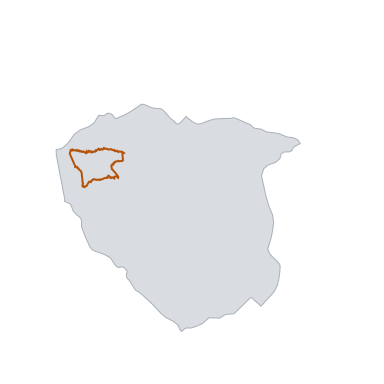 Mwenezi, Masvingo, Zimbabwe (highlighted), rotated 133°
{"feature_id": "62879985B12430304395671", "entity_name": "Mwenezi", "entity_type": "district", "adm_level": 2, "iso_a3": "ZWE", "parent_name": "Zimbabwe", "parent_adm1": "Masvingo", "projection": "equal_earth", "projection_center": [30.689, -21.398], "detail": "fine", "context": "in_parent", "style": "outline", "palette": "amber", "viewbox_px": 384, "rotation_deg": 133, "n_neighbors": 0, "source": "geoboundaries", "source_scale": "gbopen_adm2", "svg_char_len": 7265}
<svg xmlns="http://www.w3.org/2000/svg" viewBox="0 0 384 384"><g transform="rotate(133 192 192)"><path d="M253.6,320.3L251.0,318.1L247.6,316.7L243.2,316.1L237.4,316.4L230.4,317.5L222.8,316.1L214.8,312.1L208.1,310.7L200.1,312.4L199.7,312.5L198.3,311.1L196.1,308.2L192.5,307.7L191.5,307.0L190.7,305.9L190.1,304.5L189.9,302.9L190.5,298.1L190.2,297.6L189.2,297.0L187.2,296.4L182.4,294.2L176.3,292.1L166.5,289.7L162.6,289.1L161.8,288.4L160.6,286.6L158.7,281.1L156.9,277.4L152.6,271.7L151.9,270.0L152.1,265.5L152.4,261.8L152.9,258.7L152.6,255.8L152.5,252.2L152.7,249.8L152.1,248.8L150.5,248.0L146.2,247.7L140.9,247.9L140.7,244.2L140.1,238.5L139.1,235.3L137.9,233.6L135.4,231.8L130.4,229.4L123.7,225.7L117.9,220.2L111.2,213.4L109.2,212.3L106.7,205.9L102.9,194.9L103.1,191.3L102.5,189.5L98.8,184.1L98.0,181.3L97.3,178.5L91.5,170.6L89.5,167.2L88.0,162.8L86.5,159.2L85.2,157.8L83.5,155.4L82.4,152.6L81.8,150.6L82.2,147.8L82.8,145.9L88.3,147.9L91.2,148.1L93.6,147.1L96.5,148.4L100.0,152.0L103.7,152.7L107.8,150.4L113.3,151.1L120.2,154.7L126.0,155.4L132.8,152.2L138.8,143.4L144.5,135.2L150.1,125.7L153.5,118.0L158.4,111.7L165.0,106.9L171.7,102.8L181.9,97.8L184.0,93.6L184.6,89.1L184.6,82.8L185.1,78.8L186.2,76.9L187.9,75.5L190.1,73.6L196.9,68.8L202.5,65.8L209.4,63.8L217.0,63.8L224.3,63.7L228.5,63.7L228.5,69.8L228.8,76.6L229.6,77.2L235.1,77.4L243.9,77.8L252.4,78.3L257.8,83.2L259.6,84.3L265.2,85.6L272.4,93.8L281.0,94.6L287.0,97.1L292.2,100.0L295.2,103.3L297.1,104.1L299.8,104.3L301.1,104.7L300.8,107.1L299.0,111.2L299.2,117.1L301.6,125.3L301.9,132.4L301.1,144.9L301.1,157.0L301.3,161.3L301.7,164.1L302.2,165.7L302.1,167.5L300.6,172.6L299.4,177.9L299.4,180.0L298.9,181.5L298.1,182.9L294.3,185.3L293.7,186.8L293.7,189.6L294.1,191.9L295.5,192.8L297.2,194.1L297.9,195.8L297.9,197.6L297.3,201.0L295.8,206.6L297.3,213.0L298.9,217.2L301.2,222.0L302.2,225.0L302.1,227.1L301.8,229.2L298.2,238.0L295.7,243.4L292.6,249.3L288.6,252.9L287.5,254.7L287.1,256.7L287.3,261.1L287.0,265.7L283.6,272.7L285.7,278.7L285.2,279.3L284.0,280.2L279.1,287.0L274.0,293.8L270.4,298.9L266.2,304.6L261.5,311.0L257.5,316.4L253.6,320.3Z" fill="#d9dde1" stroke="#a8b0b8" stroke-width="1"/><path d="M243.9,309.4L244.1,309.2L244.4,309.0L244.8,308.8L245.2,308.6L245.5,308.6L247.4,307.5L252.4,295.8L252.5,295.5L252.7,295.0L253.3,294.5L253.1,294.4L252.9,294.3L252.5,293.6L252.4,293.5L252.0,293.2L252.0,292.8L252.2,292.6L252.3,292.4L252.6,292.1L252.7,291.9L252.7,291.7L252.2,291.2L252.4,290.1L252.5,289.9L252.6,289.7L252.6,289.4L252.6,289.2L252.6,288.9L252.5,288.7L252.4,288.2L252.5,287.8L252.9,286.5L253.0,286.3L253.0,286.1L258.7,279.5L259.7,278.5L259.8,278.3L259.8,277.8L259.9,277.6L260.3,277.5L260.4,277.4L260.7,277.2L261.0,277.1L261.1,276.9L261.4,276.7L261.7,276.7L261.9,276.5L261.9,276.4L262.1,276.4L262.2,275.9L262.1,275.7L262.4,275.5L262.5,275.6L262.6,275.4L262.4,275.2L262.2,274.9L261.9,274.6L261.7,274.4L261.7,274.2L261.6,273.9L261.1,274.1L260.7,274.1L260.0,273.3L259.5,273.2L259.1,273.4L256.2,274.0L255.5,274.2L254.7,274.3L254.3,274.0L254.2,273.3L254.0,272.8L253.5,272.7L253.1,272.7L252.8,273.1L252.2,273.3L251.5,273.2L251.3,273.1L250.9,272.8L250.6,272.8L250.2,272.9L249.9,272.9L249.7,272.3L249.5,272.2L249.3,272.1L249.1,271.9L248.9,271.4L248.6,271.0L248.6,270.5L248.6,270.3L248.5,270.2L248.2,270.1L247.9,269.9L247.3,269.6L247.2,269.3L247.0,269.1L246.8,268.4L246.7,268.2L246.4,268.2L245.9,267.5L245.7,267.3L245.4,267.3L245.1,267.5L244.5,266.7L244.1,266.4L243.5,266.3L242.9,265.9L241.9,265.7L241.7,265.6L241.5,265.3L241.2,265.2L240.6,264.8L240.3,264.7L240.2,264.6L240.3,264.4L239.3,263.4L238.9,263.6L238.7,263.8L238.3,264.0L238.2,264.2L237.4,264.3L237.3,264.2L236.9,264.1L236.8,263.6L236.9,263.3L237.1,262.5L237.2,261.4L237.4,261.1L237.2,260.9L236.5,261.1L236.4,261.1L236.4,260.7L236.2,260.4L235.8,260.4L235.7,260.3L235.6,259.7L235.3,259.5L235.2,259.4L235.1,259.1L235.3,258.9L235.2,258.6L235.1,258.2L234.4,258.8L234.1,259.2L233.5,259.0L233.2,258.9L232.9,258.7L232.7,258.3L232.1,258.1L231.9,257.8L231.8,257.2L231.9,256.9L232.1,256.4L232.2,256.0L232.1,255.7L231.8,255.9L231.4,256.1L231.1,256.4L231.0,256.8L230.9,257.8L230.9,258.0L230.7,258.3L230.6,258.8L230.5,259.6L230.2,261.2L230.1,262.6L230.2,263.1L230.1,263.5L230.0,264.1L229.9,264.6L229.9,265.2L230.0,266.1L229.2,267.0L228.9,267.5L228.7,267.8L228.6,268.1L228.5,268.3L228.2,268.3L227.9,268.5L227.7,268.9L227.5,269.0L227.1,269.2L226.9,269.2L226.3,268.7L226.1,268.7L225.9,268.9L225.5,268.6L225.4,268.3L224.6,268.7L224.5,269.1L223.9,269.0L223.5,268.7L223.3,268.7L222.9,269.0L222.5,268.6L222.3,268.7L222.2,268.8L221.6,268.4L221.4,268.2L221.1,267.9L220.5,267.8L219.5,267.2L219.4,267.1L219.3,266.6L219.4,266.3L219.1,266.0L218.8,266.0L217.7,264.9L217.2,264.4L217.1,264.2L216.6,264.1L216.1,264.3L215.9,264.2L215.8,264.3L215.4,264.6L214.7,265.5L214.1,266.0L213.1,267.3L212.5,268.0L211.4,268.7L210.9,268.8L209.9,268.4L209.9,268.7L209.9,268.8L210.0,269.2L210.4,270.3L210.3,270.5L210.5,270.8L210.6,271.0L210.9,270.9L210.9,271.2L211.0,271.4L211.0,271.6L211.2,271.8L211.4,272.0L211.6,272.4L211.9,272.7L212.0,272.8L212.3,272.9L212.8,273.2L213.0,273.2L213.0,273.5L212.8,273.6L212.7,273.8L212.7,274.1L212.9,274.3L213.0,274.6L213.2,274.8L213.1,275.1L213.3,275.2L213.5,275.3L213.9,275.5L214.1,275.5L214.3,275.9L214.5,276.1L214.4,276.2L214.3,276.3L214.3,276.8L214.4,277.0L214.3,277.5L214.7,277.6L214.8,277.7L215.2,278.0L215.2,278.6L215.2,278.8L215.7,279.2L216.0,280.7L216.2,280.9L217.4,281.5L217.7,281.9L218.0,282.2L218.2,282.9L218.2,283.0L218.4,283.1L218.4,283.3L218.6,283.5L218.6,284.1L218.8,284.3L219.0,284.4L219.4,284.9L219.4,285.3L219.5,285.6L219.8,285.6L220.1,285.5L220.5,285.8L220.2,286.1L220.2,286.4L221.0,286.2L221.2,286.3L221.4,286.5L221.6,286.6L222.1,286.4L222.2,286.5L222.1,287.0L222.2,287.4L222.3,287.6L222.5,287.6L222.9,287.5L223.3,287.8L223.4,288.0L223.5,288.3L223.9,288.0L224.1,288.1L224.3,288.3L224.3,288.8L224.2,289.2L223.9,289.6L223.9,289.8L224.0,289.9L224.9,289.8L225.2,290.0L225.8,290.0L226.1,290.2L226.7,290.2L226.8,290.2L227.0,290.6L227.2,290.4L227.5,290.0L227.9,290.2L228.2,290.6L228.4,290.6L228.6,290.5L228.8,290.9L228.9,291.1L229.5,291.3L229.9,291.3L230.0,291.5L230.0,291.9L230.1,292.1L230.4,292.1L230.7,292.1L230.8,292.3L230.9,292.5L231.0,292.5L231.2,292.3L231.6,292.3L231.7,292.5L231.7,292.9L231.7,293.1L231.5,293.4L231.6,293.6L231.4,293.9L231.5,294.1L231.6,294.3L231.8,294.3L232.0,294.3L232.2,294.7L232.5,294.7L232.5,295.0L232.7,295.3L232.6,295.6L233.0,295.6L233.1,295.4L233.2,295.1L233.5,295.3L233.7,295.2L233.8,295.3L234.0,295.6L234.0,295.9L234.3,295.5L234.5,295.6L234.9,296.3L235.2,296.1L235.4,295.8L235.6,295.7L235.7,295.8L235.4,296.3L235.3,296.5L235.5,296.7L235.8,297.0L236.0,296.9L236.1,297.0L236.2,297.3L236.2,297.6L236.1,298.0L236.3,298.2L236.4,298.3L236.3,298.6L236.3,298.8L236.6,298.8L236.9,299.2L237.2,299.4L237.4,299.6L237.5,299.8L237.4,300.0L237.5,300.4L237.6,300.5L237.9,300.5L238.0,300.5L237.9,301.1L238.2,301.1L238.5,301.6L238.8,301.7L238.8,301.8L239.0,302.1L239.1,302.3L238.9,302.4L238.7,302.5L238.7,303.0L238.8,303.3L239.0,303.5L239.4,303.9L239.9,303.8L240.1,304.1L239.9,304.3L239.8,304.5L240.0,304.9L240.0,305.1L240.8,305.1L241.5,305.8L241.6,306.5L242.0,306.8L242.3,308.2L242.4,308.4L242.7,308.3L243.2,308.0L243.5,307.9L243.6,308.0L243.7,308.4L243.6,309.1L243.9,309.4Z" fill="none" stroke="#b45309" stroke-width="2"/></g></svg>